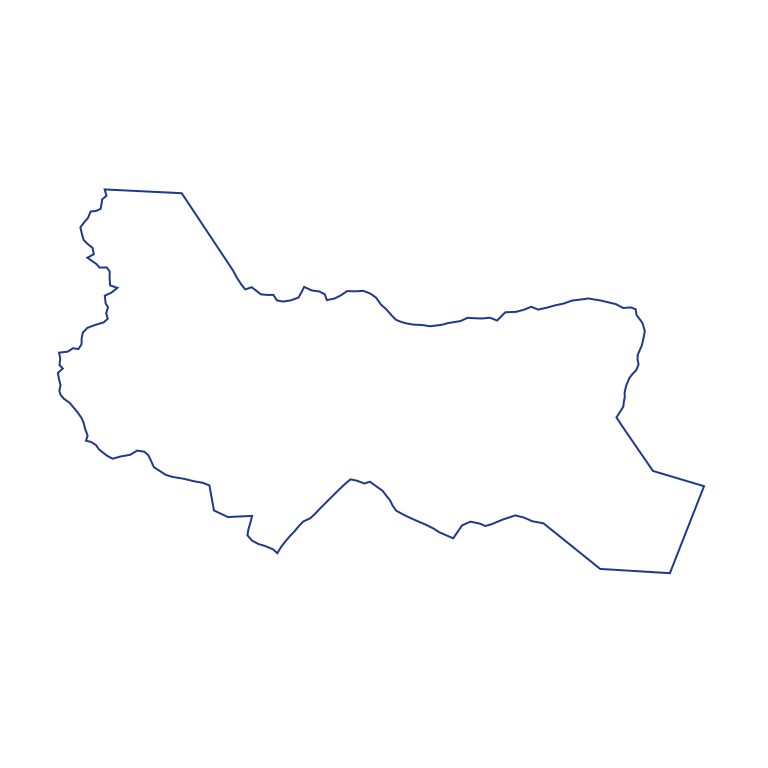 Missão Velha, Ceará, Brazil, rotated 274°
{"feature_id": "56859067B60550898814299", "entity_name": "Missão Velha", "entity_type": "district", "adm_level": 2, "iso_a3": "BRA", "parent_name": "Brazil", "parent_adm1": "Ceará", "projection": "natural_earth1", "projection_center": [-39.144, -7.317], "detail": "fine", "context": "isolated", "style": "outline", "palette": "blue", "viewbox_px": 768, "rotation_deg": 274, "n_neighbors": 0, "source": "geoboundaries", "source_scale": "gbopen_adm2", "svg_char_len": 2675}
<svg xmlns="http://www.w3.org/2000/svg" viewBox="0 0 768 768"><g transform="rotate(274 384 384)"><path d="M475.3,297.6L470.1,295.4L464.3,292.7L460.9,285.2L459.2,277.5L459.9,271.4L465.2,267.4L464.7,261.7L464.9,254.8L467.8,250.6L471.3,245.3L468.7,239.0L473.2,234.8L480.3,229.5L486.8,225.4L560.2,168.9L558.6,91.8L552.4,94.0L548.6,90.0L543.6,89.6L539.0,89.1L536.6,84.9L535.6,79.3L529.2,77.2L524.2,73.5L519.1,70.2L512.0,72.4L506.8,74.3L503.4,78.1L499.5,83.7L493.3,85.5L489.3,79.3L486.2,84.4L483.6,88.8L480.3,92.1L480.9,99.3L477.0,102.6L471.1,102.8L463.3,103.9L461.3,111.3L456.3,105.9L452.6,99.3L445.0,100.7L441.3,103.3L435.1,101.9L429.9,103.9L425.9,100.1L422.8,91.9L419.3,84.2L414.3,80.0L408.6,79.2L402.5,79.5L397.5,76.7L398.0,71.3L394.2,66.3L392.6,57.6L387.2,59.2L380.3,59.0L377.0,62.5L372.4,57.9L367.0,59.2L360.2,61.4L354.3,60.6L350.1,62.5L346.9,65.8L343.2,71.8L334.7,80.0L329.2,84.5L324.1,87.2L318.6,88.9L311.9,91.9L306.6,90.7L305.8,95.7L303.0,100.9L298.9,104.2L293.3,112.4L290.5,118.5L293.3,126.1L295.7,135.8L300.4,142.5L299.7,149.7L296.6,153.8L292.3,156.3L285.0,160.2L278.2,172.5L276.6,179.3L275.4,191.5L273.7,201.5L272.8,210.1L270.7,216.9L246.0,223.2L243.7,229.0L240.4,237.5L243.2,261.6L238.5,260.8L233.7,259.8L229.0,258.8L223.6,258.3L218.6,263.2L215.6,270.0L214.1,276.7L211.3,284.9L207.8,289.4L214.6,292.9L219.3,296.1L224.5,299.8L231.2,305.3L237.3,309.7L241.3,313.2L244.9,319.8L249.3,323.9L255.2,328.8L268.0,339.9L275.5,346.5L282.0,352.5L286.5,357.2L285.7,363.5L283.4,371.4L285.5,376.8L277.3,390.1L271.8,394.9L268.3,398.2L263.1,401.2L258.5,405.0L255.3,411.9L252.2,419.6L249.4,427.3L246.4,436.0L243.2,443.7L239.9,449.6L234.9,463.8L248.4,471.7L252.7,479.8L251.4,489.3L249.4,495.0L251.5,500.8L257.0,511.8L262.1,524.2L260.5,533.0L257.4,541.6L256.2,552.7L236.1,581.7L214.6,612.5L215.2,682.4L296.8,708.0L304.4,710.4L316.0,658.4L354.3,627.9L366.8,618.2L378.1,624.3L383.1,624.5L387.6,625.1L392.3,624.6L399.2,625.7L407.2,628.4L411.2,631.1L415.5,634.7L421.4,636.6L425.9,635.3L430.4,635.0L436.1,636.9L440.5,638.5L447.9,639.7L455.0,640.5L463.0,637.5L470.5,631.1L476.2,629.8L477.6,624.8L476.5,617.2L479.8,609.9L482.4,594.4L483.0,587.5L483.6,582.1L482.4,576.3L480.3,565.6L476.8,557.7L474.4,549.3L471.3,540.6L469.0,532.5L471.3,525.5L467.9,518.5L465.2,510.8L464.0,500.0L455.2,492.4L457.5,485.0L456.2,477.2L455.9,469.1L455.9,462.8L452.1,455.9L449.2,443.5L447.4,438.6L446.0,432.2L444.8,425.9L445.5,418.0L445.3,409.0L446.0,402.1L447.1,396.9L448.9,391.4L452.8,387.0L458.6,381.2L463.2,375.2L469.4,370.3L473.2,364.2L475.5,356.8L474.4,348.8L474.1,340.6L469.4,334.8L465.8,328.6L463.7,321.1L469.4,318.7L471.8,312.9L472.3,305.3L475.3,297.6Z" fill="none" stroke="#1e3a8a" stroke-width="2"/></g></svg>